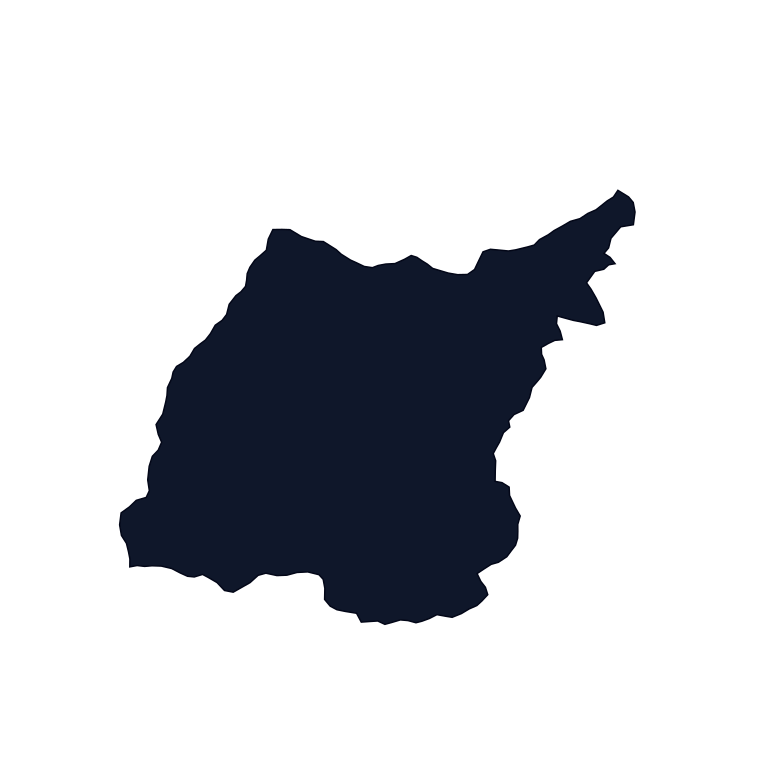 the district of Guapiaçu, São Paulo, Brazil, rotated 28°
{"feature_id": "56859067B16319399596157", "entity_name": "Guapiaçu", "entity_type": "district", "adm_level": 2, "iso_a3": "BRA", "parent_name": "Brazil", "parent_adm1": "São Paulo", "projection": "mercator", "projection_center": [-49.18, -20.723], "detail": "fine", "context": "isolated", "style": "filled", "palette": "ink", "viewbox_px": 768, "rotation_deg": 28, "n_neighbors": 0, "source": "geoboundaries", "source_scale": "gbopen_adm2", "svg_char_len": 2582}
<svg xmlns="http://www.w3.org/2000/svg" viewBox="0 0 768 768"><g transform="rotate(28 384 384)"><path d="M499.6,103.2L498.8,111.2L495.1,117.6L489.4,130.7L483.9,137.7L479.4,146.0L472.2,152.9L467.4,160.7L462.2,168.6L459.0,175.1L453.5,183.5L451.4,190.8L446.5,195.5L437.2,203.8L431.5,208.1L420.4,212.7L414.7,215.1L409.4,220.8L409.8,231.7L410.2,240.4L406.3,248.1L397.7,252.9L388.6,255.9L372.7,259.1L365.9,257.8L359.8,257.4L353.5,256.7L347.7,257.8L343.6,264.2L337.2,272.5L329.2,277.3L323.2,282.1L319.2,286.7L311.4,289.5L302.3,289.9L296.3,290.3L285.3,289.5L278.6,287.8L263.6,286.7L256.3,290.2L241.8,292.6L228.5,291.9L221.4,295.4L213.4,299.8L213.8,310.4L217.3,321.1L214.4,328.9L211.8,335.3L210.8,343.9L211.4,350.8L214.0,356.9L215.9,362.8L214.4,369.8L211.8,375.4L209.9,386.3L212.4,396.5L211.2,403.8L207.4,411.3L207.1,421.1L205.7,429.0L202.8,435.1L200.0,441.6L199.6,450.6L196.7,459.1L192.6,465.9L192.2,472.4L194.0,478.7L194.5,488.8L197.8,496.1L199.7,502.3L202.8,514.5L201.8,526.8L208.3,534.4L215.0,539.8L215.7,548.4L213.4,556.6L215.3,566.9L220.4,579.6L226.9,588.4L227.3,595.8L219.9,603.0L216.9,612.1L212.4,621.2L216.7,632.5L223.3,641.0L231.4,645.6L237.1,652.0L241.8,657.8L245.4,664.8L251.2,660.2L258.3,657.4L264.5,653.4L272.9,649.3L283.1,646.6L292.7,646.5L300.8,646.0L307.1,643.4L313.2,637.3L319.6,637.3L329.8,637.7L340.1,641.2L348.6,638.6L359.0,622.2L362.7,612.0L368.5,606.5L379.4,603.4L388.0,598.4L395.7,591.2L404.9,585.7L416.1,582.9L422.0,585.0L427.7,592.2L432.7,602.1L440.8,605.4L448.4,605.4L456.5,603.0L467.4,599.3L475.7,604.9L482.9,600.4L489.7,596.2L497.6,595.8L502.5,591.2L509.2,584.6L516.3,581.6L524.3,579.8L528.8,575.7L534.1,569.8L539.0,562.8L547.8,560.0L553.7,558.0L560.1,550.4L564.8,542.6L570.0,536.0L572.3,529.6L574.5,521.3L569.0,515.9L562.1,512.8L555.2,507.7L559.1,500.4L563.3,492.9L568.7,487.7L573.5,478.9L574.5,472.4L575.8,464.6L574.4,457.4L571.3,451.2L568.0,445.1L566.2,436.6L558.4,431.8L547.2,423.5L542.9,416.3L534.5,415.7L527.8,417.8L522.7,407.8L518.6,399.3L513.1,394.1L513.1,387.7L513.3,381.1L512.3,370.9L515.3,363.0L511.2,358.0L513.1,350.0L519.2,341.9L518.8,327.7L516.3,317.5L517.9,310.8L519.2,304.6L519.8,294.6L514.0,287.5L509.2,283.8L505.7,277.9L510.1,271.0L514.3,265.3L520.7,261.1L514.7,254.6L508.0,249.8L505.0,242.6L514.0,240.6L521.4,238.9L527.8,236.9L537.8,234.1L544.1,232.5L550.2,226.3L543.7,217.7L530.9,208.5L522.3,203.1L515.3,199.6L517.2,185.6L524.2,179.5L526.4,173.3L531.5,169.3L524.2,166.1L516.9,165.4L518.4,158.4L516.0,148.8L519.2,134.1L529.4,126.3L524.9,114.3L518.8,106.7L512.1,104.0L499.6,103.2Z" fill="#0f172a" stroke="#020617" stroke-width="1.5"/></g></svg>